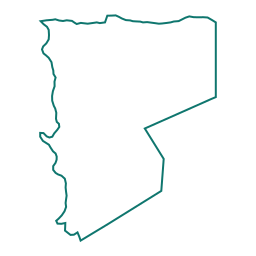 Boa Hora, Piauí, Brazil
{"feature_id": "56859067B27565028422565", "entity_name": "Boa Hora", "entity_type": "district", "adm_level": 2, "iso_a3": "BRA", "parent_name": "Brazil", "parent_adm1": "Piauí", "projection": "natural_earth1", "projection_center": [-42.142, -4.374], "detail": "fine", "context": "isolated", "style": "outline", "palette": "teal", "viewbox_px": 256, "rotation_deg": 0, "n_neighbors": 0, "source": "geoboundaries", "source_scale": "gbopen_adm2", "svg_char_len": 1483}
<svg xmlns="http://www.w3.org/2000/svg" viewBox="0 0 256 256"><path d="M40.2,136.7L42.9,140.9L46.2,143.0L48.9,144.7L50.5,147.5L53.0,151.3L55.6,153.5L56.7,156.6L56.6,159.7L55.5,162.9L53.2,166.1L53.2,169.9L55.6,172.9L58.0,174.4L61.5,175.7L64.8,178.7L65.9,183.4L65.6,187.5L66.0,191.2L66.6,195.7L66.0,199.9L65.6,203.0L66.1,206.9L64.5,211.3L61.8,215.3L58.6,218.7L56.2,220.8L57.5,223.6L61.4,223.8L65.3,223.0L65.2,226.4L65.0,230.6L68.2,233.1L70.5,234.9L73.9,234.7L77.5,232.4L79.3,236.7L80.6,240.6L108.4,223.8L161.3,190.9L163.7,158.9L144.8,128.5L191.7,107.7L210.8,99.2L215.8,97.1L215.8,93.0L215.8,22.4L212.1,20.1L207.6,17.5L203.1,17.2L199.8,17.3L193.8,17.2L189.3,16.4L185.4,17.7L178.7,21.1L173.8,21.5L170.6,22.4L167.0,22.9L161.9,23.5L158.8,23.7L155.4,23.2L150.9,22.6L147.2,22.1L143.0,22.4L140.2,21.6L135.9,21.4L132.8,21.2L130.1,20.4L125.9,20.1L121.9,18.5L118.8,16.8L115.7,15.4L111.5,15.6L107.3,15.7L105.0,22.4L99.8,23.1L96.8,22.4L93.4,22.9L87.7,23.7L80.8,22.9L76.7,24.0L74.4,22.6L72.0,20.9L66.7,20.3L63.0,21.0L59.1,20.5L55.3,19.3L52.6,19.8L46.5,20.3L40.7,21.2L43.6,24.2L47.0,26.8L48.7,29.9L49.0,35.1L48.7,39.4L46.3,43.4L43.2,46.4L42.0,49.4L43.5,53.4L45.8,55.2L48.7,57.8L51.5,62.2L52.3,67.1L53.3,70.5L53.5,74.0L55.6,77.5L54.5,81.6L54.6,86.3L52.9,91.2L52.1,96.0L52.2,100.7L53.8,105.8L55.2,108.5L56.3,112.8L56.0,118.8L56.8,121.9L58.9,123.8L59.3,126.9L57.3,129.8L54.2,133.4L52.3,136.7L49.4,137.5L46.7,136.4L43.5,133.1L40.2,132.9L40.2,136.7Z" fill="none" stroke="#0f766e" stroke-width="2"/></svg>